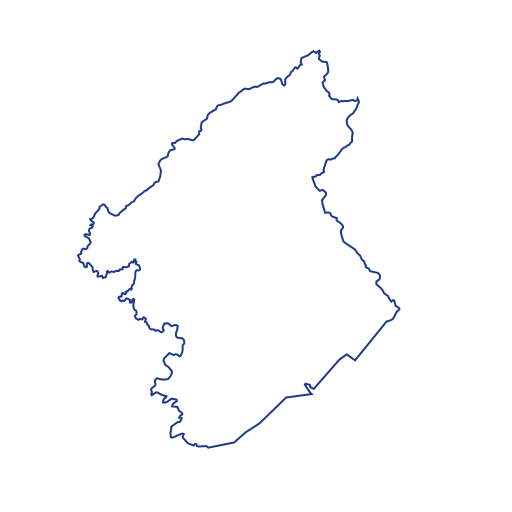 Hakha, Chin, Myanmar (Mercator projection), rotated 55°
{"feature_id": "60261553B91300055563286", "entity_name": "Hakha", "entity_type": "district", "adm_level": 2, "iso_a3": "MMR", "parent_name": "Myanmar", "parent_adm1": "Chin", "projection": "mercator", "projection_center": [93.452, 22.539], "detail": "fine", "context": "isolated", "style": "outline", "palette": "blue", "viewbox_px": 512, "rotation_deg": 55, "n_neighbors": 0, "source": "geoboundaries", "source_scale": "gbopen_adm2", "svg_char_len": 6127}
<svg xmlns="http://www.w3.org/2000/svg" viewBox="0 0 512 512"><g transform="rotate(55 256 256)"><path d="M185.4,82.5L186.4,83.6L186.2,85.2L185.2,86.6L183.8,86.9L181.4,92.6L180.1,94.0L179.1,96.1L177.9,97.2L177.3,99.9L175.6,99.6L174.0,100.2L171.0,103.9L166.7,104.3L166.1,103.2L164.0,102.5L161.6,103.4L156.3,103.5L152.0,102.0L151.6,98.7L148.1,97.4L147.4,92.8L146.4,91.1L143.9,89.5L138.2,86.8L137.1,87.4L134.9,90.1L131.0,91.4L130.5,91.4L128.2,88.7L126.4,88.6L125.5,86.5L124.1,86.3L123.9,88.3L124.2,90.2L121.3,91.5L121.0,92.7L121.4,98.3L119.9,105.2L122.7,108.2L125.3,108.6L124.9,110.6L125.2,111.9L126.3,113.7L126.2,114.8L124.8,114.9L123.9,115.7L125.4,120.1L125.4,121.7L127.2,124.7L127.0,127.2L128.0,130.7L132.3,133.7L132.5,135.2L130.4,135.9L125.6,134.3L123.9,135.0L122.6,136.4L122.6,138.7L123.3,140.8L123.0,142.9L121.3,145.4L120.2,149.3L119.0,150.7L118.3,157.9L116.6,159.9L115.8,162.7L115.6,165.4L114.7,167.0L112.7,168.7L112.2,170.7L112.6,173.4L112.4,176.2L114.9,187.0L114.5,190.0L113.4,192.5L111.9,198.6L111.0,200.3L111.1,202.1L112.8,204.8L112.2,211.7L112.9,214.5L115.4,217.6L115.3,223.8L119.5,227.9L121.3,228.2L121.9,229.3L121.3,230.6L121.8,231.5L123.6,232.6L125.2,239.4L125.1,241.5L121.1,244.5L119.8,247.2L117.5,249.2L116.3,255.2L117.0,257.3L115.6,259.5L115.6,260.2L116.4,260.8L120.9,260.7L121.7,261.5L120.2,266.0L121.2,268.3L123.8,271.5L122.6,277.6L122.9,279.9L124.8,283.3L131.4,284.8L136.0,288.9L139.0,293.3L138.4,294.2L137.7,297.1L139.1,299.1L139.0,305.9L139.6,307.3L138.9,309.5L139.4,313.8L139.2,317.7L139.9,321.9L141.2,324.5L140.7,327.2L141.2,330.7L140.6,334.0L142.2,335.4L142.5,336.6L142.0,337.5L142.7,343.3L143.6,345.1L142.2,348.3L137.1,351.2L135.0,351.4L131.7,350.3L129.4,350.8L127.3,350.6L126.1,351.5L125.9,355.7L127.7,357.5L128.9,363.4L131.4,367.3L131.2,369.9L130.7,370.7L131.9,371.0L135.4,369.7L136.4,370.3L136.6,371.6L135.5,372.9L135.8,373.9L137.4,372.4L138.2,372.7L138.7,374.4L138.2,375.7L138.3,377.0L139.4,378.4L142.7,379.1L143.4,380.3L140.5,382.8L140.2,384.2L141.0,384.9L146.0,382.7L150.0,383.7L150.7,384.9L151.6,388.7L152.8,389.7L152.8,390.8L152.2,392.5L151.0,393.0L150.7,394.1L152.2,396.9L153.4,397.4L154.0,398.4L153.3,399.8L153.4,401.5L157.7,402.2L158.6,403.5L160.8,402.9L162.5,401.4L165.3,402.5L166.5,402.6L167.6,401.9L167.8,400.6L166.2,399.8L165.3,398.8L165.2,397.7L165.9,397.0L171.4,396.3L173.9,397.8L175.9,398.2L176.7,395.2L177.5,394.7L179.5,394.9L181.0,397.0L181.9,397.5L182.6,396.8L183.9,393.5L186.2,394.0L187.1,391.2L185.5,389.4L184.7,387.5L183.5,387.3L183.1,386.2L185.6,385.4L185.7,383.4L187.7,381.4L187.9,379.0L189.6,377.2L188.9,375.2L190.1,373.8L190.2,372.8L188.9,372.0L188.9,370.9L190.7,368.9L191.6,366.1L189.7,364.4L189.5,361.0L190.8,360.6L190.8,360.0L189.0,357.6L189.8,356.7L191.7,358.1L192.2,357.5L193.0,358.7L193.8,358.9L196.2,357.3L198.8,357.7L200.6,358.9L200.5,360.4L199.2,361.9L199.4,363.1L200.3,364.3L204.6,367.5L206.1,369.5L208.6,372.0L209.1,374.5L210.9,376.6L211.6,376.6L211.9,377.6L210.8,377.8L210.6,378.9L211.1,380.6L210.6,383.0L211.8,383.3L212.2,384.6L211.9,385.6L210.6,385.7L209.7,386.7L210.8,388.5L211.9,389.1L211.9,390.0L210.9,391.3L211.2,392.5L212.5,392.8L214.9,392.9L216.1,391.9L216.0,390.8L217.0,390.0L217.1,388.3L216.4,387.2L216.5,386.3L217.3,385.6L219.9,384.4L221.7,385.9L222.5,385.3L222.5,383.2L221.2,382.7L220.8,382.0L221.2,380.7L221.8,380.6L225.9,384.8L229.1,386.2L230.5,386.2L232.2,385.5L235.0,387.0L235.8,389.8L238.6,390.0L240.8,389.0L240.9,387.3L242.8,385.4L241.9,384.1L241.9,383.0L244.3,382.2L246.2,384.7L247.8,383.6L249.8,384.4L252.0,383.8L253.3,384.6L255.6,384.4L257.8,381.6L259.5,381.4L260.5,378.9L264.3,377.3L264.4,374.9L263.7,374.0L262.3,374.1L260.8,373.2L258.7,369.7L259.7,368.7L260.1,367.1L262.5,366.0L263.7,366.0L265.3,365.0L265.9,362.2L266.8,361.0L268.5,360.3L271.8,363.5L272.8,365.3L275.4,367.4L277.7,367.3L281.2,363.6L283.3,363.2L285.2,364.0L286.6,365.2L287.1,367.4L290.7,369.8L292.5,371.6L294.5,375.1L294.2,376.3L291.9,376.9L290.4,378.0L289.9,380.3L285.8,382.7L287.3,390.4L288.9,391.9L293.1,392.7L296.6,391.4L302.0,391.0L303.5,391.9L305.5,395.1L306.3,398.7L305.1,401.1L303.7,403.4L299.3,407.4L299.5,409.3L301.0,410.9L303.3,411.8L304.3,412.9L304.6,417.8L305.1,418.5L308.0,419.5L309.0,421.0L310.3,421.2L310.4,416.0L311.6,414.8L315.7,412.9L319.5,409.8L320.2,410.6L320.2,413.5L321.5,415.3L322.8,416.2L323.8,414.6L324.5,412.0L324.4,407.0L328.2,403.4L329.5,404.1L329.4,408.2L330.1,410.1L331.1,410.9L334.5,407.0L338.6,407.8L342.3,406.7L343.4,407.1L343.5,410.4L344.4,411.6L346.2,410.0L347.1,410.9L348.2,413.6L347.1,415.8L347.2,423.4L349.4,424.9L351.6,427.4L355.3,429.5L356.2,429.5L357.1,427.9L358.7,419.4L359.6,417.7L360.5,417.3L361.9,419.7L363.4,420.1L370.4,419.2L375.6,415.7L375.1,413.8L375.9,412.8L377.8,413.3L379.1,412.3L383.3,405.6L385.6,405.1L396.2,380.9L394.5,365.5L395.1,348.9L389.2,312.5L401.0,289.6L399.0,290.0L389.4,289.8L389.0,288.7L392.5,285.8L394.5,286.7L398.0,284.9L388.7,247.1L388.6,238.1L398.3,234.7L384.5,186.4L385.2,185.3L386.1,180.8L385.7,178.9L382.6,173.2L382.0,169.4L381.3,168.6L378.6,169.4L377.1,170.3L371.7,168.3L370.7,169.2L371.0,171.3L366.9,171.4L364.6,170.8L360.0,172.4L357.8,172.0L354.2,172.1L348.1,173.6L346.0,172.1L345.9,168.4L344.3,166.4L342.9,165.5L339.9,165.8L333.9,171.2L331.1,170.8L328.0,172.5L326.3,171.2L324.6,171.4L322.9,170.5L319.6,171.3L315.5,170.5L311.6,171.3L307.4,171.2L296.6,175.4L294.0,176.0L286.7,173.6L284.5,172.3L283.6,171.2L282.6,168.4L281.7,167.7L278.8,167.6L273.1,169.5L272.0,168.9L271.4,168.0L267.9,170.6L266.5,171.1L263.0,170.8L261.5,172.1L260.4,174.6L254.1,172.6L253.8,172.2L251.6,171.9L249.1,170.2L248.1,170.1L246.6,164.7L245.7,163.1L243.8,162.4L240.1,163.4L239.2,166.5L233.3,167.4L223.8,164.8L223.9,163.8L224.7,162.8L225.0,161.4L224.6,159.8L226.2,157.1L225.7,154.3L226.3,152.8L226.0,151.8L224.2,151.3L222.5,149.3L218.1,143.3L218.3,141.1L219.9,139.5L220.2,137.4L221.2,135.4L220.5,133.9L220.1,130.7L217.9,124.9L217.6,122.2L218.2,120.0L217.8,118.1L218.4,116.0L217.5,113.5L217.5,111.9L212.8,108.4L210.8,106.2L208.0,105.5L201.7,106.1L199.7,105.5L196.6,103.7L195.3,101.0L194.7,97.9L194.9,95.1L193.3,90.6L191.5,87.0L190.6,86.4L189.1,83.5L187.9,82.9L185.4,82.5Z" fill="none" stroke="#1e3a8a" stroke-width="2"/></g></svg>